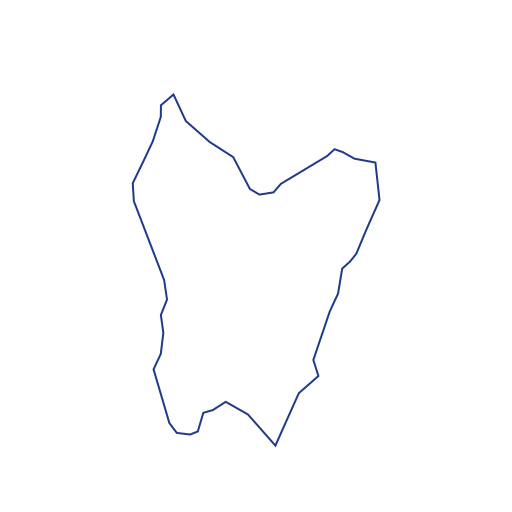 Menoua, Ouest, Cameroon, rotated 336°
{"feature_id": "32672807B11213510980510", "entity_name": "Menoua", "entity_type": "district", "adm_level": 2, "iso_a3": "CMR", "parent_name": "Cameroon", "parent_adm1": "Ouest", "projection": "equal_earth", "projection_center": [10.088, 5.433], "detail": "fine", "context": "isolated", "style": "outline", "palette": "blue", "viewbox_px": 512, "rotation_deg": 336, "n_neighbors": 0, "source": "geoboundaries", "source_scale": "gbopen_adm2", "svg_char_len": 811}
<svg xmlns="http://www.w3.org/2000/svg" viewBox="0 0 512 512"><g transform="rotate(336 256 256)"><path d="M196.6,437.1L233.0,404.4L239.4,398.7L264.2,391.0L266.1,374.3L280.3,358.9L287.7,350.9L300.8,336.7L307.5,330.8L315.6,323.8L329.6,302.6L339.9,299.2L344.0,297.1L348.7,294.6L359.3,284.6L367.2,277.1L391.6,255.1L403.1,219.2L385.5,207.1L377.6,196.5L371.2,190.4L361.7,193.6L308.1,200.2L297.9,205.0L284.1,201.3L277.7,192.3L275.4,156.4L260.1,133.1L246.8,104.2L246.3,74.9L230.5,79.6L225.6,90.2L208.7,108.9L206.7,110.7L192.2,123.2L173.0,139.4L166.7,156.3L162.3,240.6L157.0,259.6L145.1,271.2L140.1,288.5L129.2,306.7L116.3,317.9L111.0,357.9L108.9,373.4L111.7,385.4L123.2,392.3L131.5,392.6L144.1,377.8L153.9,379.2L169.0,376.9L184.2,397.5L195.5,433.6L196.6,437.1Z" fill="none" stroke="#1e3a8a" stroke-width="2"/></g></svg>